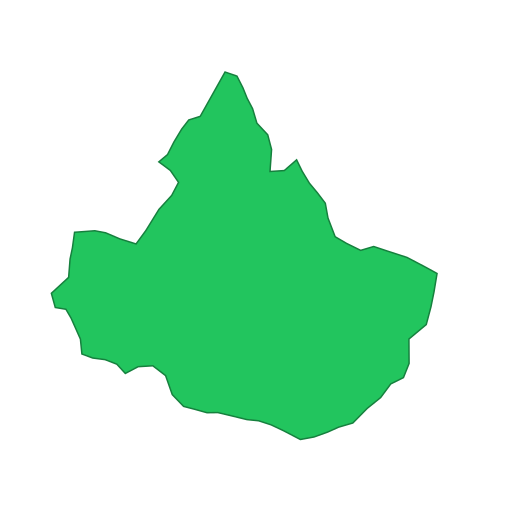 outline of Hortolândia, São Paulo, Brazil, rotated 18°
{"feature_id": "56859067B73549929772376", "entity_name": "Hortolândia", "entity_type": "district", "adm_level": 2, "iso_a3": "BRA", "parent_name": "Brazil", "parent_adm1": "São Paulo", "projection": "albers", "projection_center": [-47.21, -22.87], "detail": "fine", "context": "isolated", "style": "filled", "palette": "green", "viewbox_px": 512, "rotation_deg": 18, "n_neighbors": 0, "source": "geoboundaries", "source_scale": "gbopen_adm2", "svg_char_len": 1167}
<svg xmlns="http://www.w3.org/2000/svg" viewBox="0 0 512 512"><g transform="rotate(18 256 256)"><path d="M433.6,216.7L421.6,214.4L410.6,212.5L400.1,210.7L389.6,210.7L379.3,210.7L365.0,210.6L353.8,218.3L338.0,216.0L325.3,213.2L312.7,197.6L305.6,184.4L295.1,177.1L284.2,170.2L273.7,161.1L264.9,152.0L256.5,166.0L243.2,171.3L237.9,149.9L229.7,137.1L215.8,129.4L207.2,116.9L198.8,108.7L191.6,100.1L182.3,90.8L169.7,90.6L159.8,140.4L150.0,147.4L146.1,158.3L142.7,173.0L140.5,186.9L134.5,196.5L148.1,201.1L159.6,209.9L157.1,224.4L149.3,241.6L143.4,265.8L138.2,281.6L121.3,281.8L105.8,280.4L94.9,281.8L76.1,289.5L78.9,305.1L80.1,316.3L84.4,334.2L72.9,354.7L81.0,367.0L91.7,365.4L99.4,372.3L107.6,381.4L114.7,389.3L120.7,403.0L132.2,403.5L144.5,401.2L157.1,401.9L168.0,408.1L178.1,397.7L191.8,392.3L207.0,397.7L219.2,413.7L233.6,421.4L245.6,420.7L257.8,420.2L268.1,416.7L281.8,415.6L297.9,414.4L309.4,411.9L322.5,411.9L336.4,413.7L354.9,416.8L367.1,410.2L378.7,401.2L387.4,393.3L399.7,384.9L408.9,366.5L418.3,352.1L423.7,336.0L433.8,326.1L434.8,310.9L427.1,287.7L439.1,268.6L438.1,250.2L436.4,235.3L433.6,216.7Z" fill="#22c55e" stroke="#15803d" stroke-width="1.5"/></g></svg>